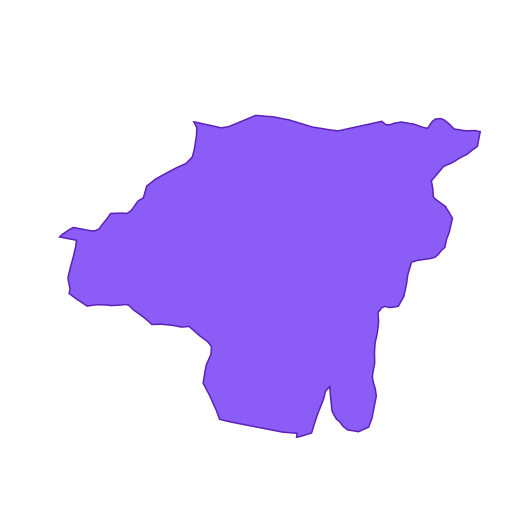 outline of Tilkaef, Ninawa, Iraq, rotated 11°
{"feature_id": "34846034B79516785973946", "entity_name": "Tilkaef", "entity_type": "district", "adm_level": 2, "iso_a3": "IRQ", "parent_name": "Iraq", "parent_adm1": "Ninawa", "projection": "mercator", "projection_center": [43.046, 36.575], "detail": "fine", "context": "isolated", "style": "filled", "palette": "violet", "viewbox_px": 512, "rotation_deg": 11, "n_neighbors": 0, "source": "geoboundaries", "source_scale": "gbopen_adm2", "svg_char_len": 2279}
<svg xmlns="http://www.w3.org/2000/svg" viewBox="0 0 512 512"><g transform="rotate(11 256 256)"><path d="M405.3,278.2L407.4,271.8L408.8,267.4L409.1,254.7L408.6,245.4L409.8,232.4L415.4,229.5L427.9,225.1L431.9,223.1L434.5,219.8L437.1,214.8L439.7,211.6L439.9,202.8L441.1,196.3L441.3,191.3L441.6,181.4L437.8,177.0L433.8,172.8L432.9,171.4L427.7,169.0L420.6,165.5L418.7,164.0L416.8,156.4L413.8,148.7L418.0,141.4L423.0,132.3L430.7,127.0L435.5,122.6L439.9,118.8L443.9,115.8L447.0,112.0L452.4,106.1L452.4,91.1L446.8,91.1L439.0,92.9L435.7,93.2L426.3,93.5L421.1,90.0L417.5,87.9L414.3,86.4L411.0,85.8L406.0,87.3L403.2,90.5L400.1,97.9L395.6,97.9L385.7,96.4L377.3,96.7L373.3,96.7L366.7,99.1L362.2,101.7L358.4,102.3L353.8,99.8L313.0,117.4L306.5,118.0L287.9,118.6L286.8,118.6L286.5,118.6L262.7,116.1L261.3,116.1L248.0,116.1L246.6,116.1L229.0,118.0L204.4,134.3L197.5,136.8L197.4,136.8L196.1,136.8L170.8,136.1L169.4,136.1L173.5,141.5L174.6,149.4L175.1,163.1L174.6,170.9L169.7,178.4L160.1,185.3L152.6,191.4L143.1,199.3L135.4,208.1L134.6,217.4L134.3,220.4L129.7,224.5L124.9,235.2L121.2,238.9L116.5,239.4L109.8,240.9L105.2,242.0L102.7,247.7L98.5,255.5L96.9,259.2L92.7,262.3L87.6,262.8L81.8,262.8L77.2,262.8L71.3,262.8L68.0,265.5L61.7,271.7L59.6,274.8L76.8,274.8L77.2,281.1L76.8,291.5L75.9,303.5L75.5,312.9L76.3,315.5L78.0,319.7L79.7,323.8L79.7,328.5L88.5,332.7L99.8,337.4L108.6,334.3L117.8,332.7L123.7,332.2L132.0,330.1L137.1,328.5L140.4,328.5L145.9,332.2L158.0,337.9L163.5,341.0L166.8,343.1L176.4,341.0L186.9,340.0L196.5,340.0L203.7,337.9L216.2,345.2L225.0,349.4L229.6,353.5L230.5,361.3L228.0,372.3L228.0,379.0L228.4,391.0L236.8,401.4L246.8,415.5L251.4,423.3L263.6,423.8L284.5,423.8L315.9,423.8L330.2,422.2L330.4,426.2L335.1,424.1L344.3,419.1L345.2,410.7L346.6,399.5L349.7,383.1L349.9,375.8L353.2,370.0L356.8,382.5L360.1,393.4L362.4,396.6L366.0,400.7L369.7,402.7L374.0,406.6L379.1,409.2L390.2,408.9L399.2,402.5L399.7,399.5L400.8,393.1L400.8,388.7L400.8,376.4L400.8,370.5L398.5,363.8L395.2,357.4L393.5,353.3L393.0,348.9L393.0,342.4L393.0,338.6L391.9,333.6L390.7,327.8L389.5,318.7L389.7,312.5L389.7,307.5L389.3,300.8L388.8,296.7L387.4,291.4L386.7,289.4L386.9,287.3L387.9,285.8L389.3,282.9L391.9,280.9L397.1,281.1L402.9,279.1L405.3,278.2Z" fill="#8b5cf6" stroke="#5b21b6" stroke-width="1.5"/></g></svg>